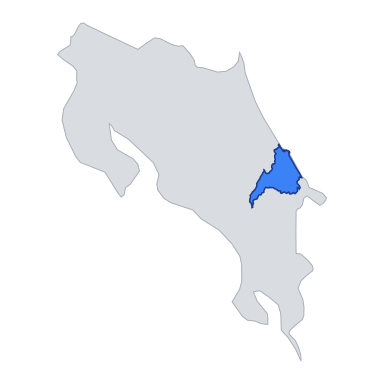 Limon, Limón, Costa Rica (highlighted)
{"feature_id": "36466004B50274844038256", "entity_name": "Limon", "entity_type": "district", "adm_level": 2, "iso_a3": "CRI", "parent_name": "Costa Rica", "parent_adm1": "Limón", "projection": "equal_earth", "projection_center": [-83.21, 9.776], "detail": "fine", "context": "in_parent", "style": "filled", "palette": "blue", "viewbox_px": 384, "rotation_deg": 0, "n_neighbors": 0, "source": "geoboundaries", "source_scale": "gbopen_adm2", "svg_char_len": 7283}
<svg xmlns="http://www.w3.org/2000/svg" viewBox="0 0 384 384"><path d="M326.4,197.6L325.9,199.6L324.5,201.7L322.5,203.8L319.9,205.3L313.5,200.9L307.3,195.9L303.8,198.2L302.5,204.6L300.2,207.9L297.3,209.2L296.1,211.4L295.9,233.1L296.1,253.6L300.8,254.0L308.7,261.2L312.1,265.3L313.2,269.2L312.2,271.1L306.4,275.6L300.8,281.2L298.0,288.3L302.9,299.7L304.0,307.4L303.8,315.5L302.4,319.4L291.5,328.7L289.1,332.0L289.4,334.3L295.4,340.7L298.3,347.0L300.7,354.5L301.0,361.0L295.5,348.9L287.9,337.4L281.3,330.3L280.8,313.8L278.2,304.8L268.2,296.5L259.7,290.7L253.4,291.9L257.3,301.4L267.3,313.6L267.9,318.3L267.8,324.5L260.9,323.6L254.8,321.0L247.4,320.2L242.5,316.5L232.1,301.9L239.5,289.5L241.8,281.4L241.6,264.5L239.9,256.3L231.9,243.8L219.1,230.1L201.3,219.0L192.9,210.0L171.9,203.1L164.0,198.5L157.7,190.0L156.8,183.9L159.0,174.5L153.3,162.6L128.4,139.2L114.4,130.6L111.5,125.5L109.3,123.9L111.4,140.1L117.4,149.8L133.3,158.9L137.7,164.2L139.5,171.1L130.2,184.3L125.5,187.6L124.1,194.8L121.1,197.0L117.9,192.9L105.0,172.2L80.1,162.3L75.6,156.2L66.3,137.3L62.1,120.1L63.7,108.6L74.0,90.7L77.2,82.9L76.6,78.1L76.9,71.1L73.1,66.2L63.6,59.7L57.6,54.6L59.3,52.0L70.2,45.1L70.9,38.9L70.8,36.8L72.6,36.4L74.2,34.7L75.2,33.0L78.1,27.0L80.7,23.6L83.7,23.0L87.4,25.5L101.0,32.0L116.2,39.2L137.9,49.4L146.9,42.9L154.6,37.9L160.0,38.6L171.6,44.4L178.6,46.3L182.9,45.7L190.4,54.3L194.4,60.7L195.1,65.0L197.4,67.3L203.1,67.8L217.4,72.1L226.0,71.3L233.9,66.7L238.3,61.2L239.6,52.5L241.6,56.8L244.0,63.5L245.0,72.2L255.2,101.3L263.3,117.6L281.2,147.2L288.9,152.7L302.0,176.5L306.5,180.5L309.1,187.5L322.6,193.3L326.4,197.6Z" fill="#d9dde1" stroke="#a8b0b8" stroke-width="1"/><path d="M301.7,177.7L301.8,177.7L300.7,175.6L299.4,173.4L299.2,172.7L298.6,171.9L296.2,168.0L293.8,163.8L293.6,163.2L293.4,163.0L293.1,162.4L292.5,161.6L292.2,160.9L292.0,160.7L291.6,159.9L291.5,159.6L290.3,157.8L290.0,157.1L289.7,156.7L289.0,155.0L288.8,154.2L288.8,153.7L288.8,153.1L289.2,153.1L289.5,153.1L289.7,152.9L289.7,152.7L289.0,152.1L289.3,151.7L289.2,151.4L288.9,151.3L288.7,151.3L288.8,151.3L288.4,150.9L288.2,150.9L287.9,150.7L287.6,150.6L287.1,150.4L286.8,150.6L286.2,150.6L286.3,150.4L286.2,150.1L285.8,150.4L285.7,150.3L285.2,150.3L284.8,150.3L284.9,150.7L284.7,151.1L284.8,151.4L284.7,151.6L284.1,151.6L283.5,151.4L283.1,151.0L283.1,150.8L283.3,150.6L283.8,150.6L284.0,150.4L283.4,150.0L283.2,149.9L282.9,150.4L282.6,150.4L282.2,149.8L281.8,149.4L281.5,148.8L280.7,147.6L280.1,146.6L279.9,146.0L279.5,145.4L279.3,145.0L278.9,144.3L278.4,144.9L278.4,145.1L278.7,145.8L278.9,146.0L279.1,146.5L279.1,147.2L278.8,147.4L278.6,147.4L278.2,147.5L277.8,147.9L277.4,148.1L277.3,148.5L276.9,148.7L276.6,149.0L276.3,148.9L276.2,149.1L275.9,149.3L275.7,149.7L275.4,149.6L275.1,149.5L274.9,149.7L274.7,149.7L274.3,150.0L274.2,150.8L274.3,151.4L274.7,152.0L275.0,152.6L275.4,152.9L275.6,153.3L275.9,153.4L276.0,153.5L276.0,153.8L275.8,154.0L275.6,154.1L275.4,154.2L275.2,154.4L274.8,155.4L274.7,156.0L274.7,157.3L274.8,157.9L275.0,158.3L275.3,158.6L275.4,159.1L275.3,159.5L274.9,160.6L274.7,160.9L274.6,161.1L274.7,161.4L275.1,162.4L275.0,163.1L274.6,163.6L274.5,163.9L274.1,164.1L273.6,163.9L273.2,163.7L272.5,164.5L272.0,164.9L271.9,165.0L271.9,165.7L271.7,166.3L271.7,166.7L271.7,167.5L271.8,167.6L272.0,167.7L272.2,168.2L272.4,168.5L272.4,168.9L271.8,169.7L271.7,170.1L271.6,170.3L271.0,170.6L270.9,170.9L270.3,171.2L270.1,171.4L270.0,171.6L269.7,171.8L269.6,172.0L269.6,172.4L269.4,172.5L268.9,173.2L268.5,173.1L267.9,173.3L267.6,173.2L267.5,173.3L267.4,173.5L267.2,173.5L266.6,173.5L266.2,173.2L265.9,173.1L265.7,173.0L265.6,172.8L265.5,172.2L265.3,172.0L265.2,171.8L265.0,171.6L264.9,171.4L264.6,171.2L264.6,170.6L264.5,170.4L264.3,170.0L264.1,169.9L264.2,170.3L264.2,170.9L263.9,171.0L263.7,171.6L263.5,172.1L263.2,172.3L262.7,172.8L262.6,173.1L262.6,173.6L261.8,174.8L261.7,175.1L261.6,175.4L261.5,175.5L261.4,175.6L261.0,176.0L260.5,176.7L260.2,177.5L259.7,178.7L259.5,179.1L259.5,179.6L258.8,180.0L258.4,180.8L258.1,181.2L257.2,182.8L256.7,183.5L256.7,184.2L256.9,185.1L256.8,185.3L256.9,185.7L256.8,186.4L255.9,187.8L255.8,188.2L255.7,188.5L255.5,188.8L255.3,189.1L255.1,189.3L255.0,189.7L254.6,189.8L254.3,190.0L254.2,190.3L254.0,190.5L253.9,190.9L253.6,191.4L253.5,191.5L253.1,191.5L252.9,191.8L252.5,191.9L252.3,192.3L252.0,192.9L251.8,193.3L251.7,193.6L251.0,194.3L250.8,194.7L250.5,194.9L250.1,195.3L250.1,195.5L250.2,195.9L250.4,196.0L250.6,197.0L250.4,197.6L250.2,198.0L250.1,198.6L249.9,199.1L249.8,199.9L249.8,200.1L249.8,201.0L249.7,201.5L249.7,201.8L249.8,202.1L250.6,202.7L251.1,203.1L251.3,203.5L251.4,204.6L251.8,205.3L252.0,205.8L251.9,206.5L252.0,206.7L251.9,207.6L252.6,207.4L252.7,207.0L252.5,206.4L252.5,206.1L252.5,205.8L252.9,205.0L252.9,204.6L253.2,204.0L253.5,203.5L253.4,203.1L253.1,202.9L253.0,202.2L252.9,202.1L252.9,201.8L253.0,201.6L253.3,201.2L253.3,200.7L253.5,200.2L253.9,200.0L254.1,199.8L254.7,199.6L255.0,199.4L255.5,199.3L256.3,199.1L256.8,199.0L257.0,198.9L257.2,198.7L257.2,198.1L257.7,197.6L257.8,197.1L258.1,196.8L258.2,196.3L258.3,196.1L258.5,195.7L258.9,195.1L259.2,194.9L259.6,194.8L259.9,194.8L260.5,194.9L260.8,194.9L261.1,194.7L261.3,194.2L261.7,193.5L261.8,193.1L262.1,192.8L263.5,192.5L263.8,192.3L263.9,191.6L263.8,191.3L263.8,191.0L264.0,190.4L264.2,189.8L264.4,189.7L264.5,189.6L264.7,188.7L264.9,188.2L265.8,187.3L266.0,187.3L266.7,187.7L266.8,187.7L267.1,187.7L267.7,187.7L268.1,187.9L268.3,187.9L268.6,187.9L268.8,187.8L269.2,187.7L269.5,187.3L269.6,187.2L269.9,187.5L270.3,187.6L271.1,187.6L271.6,187.7L272.3,187.5L273.1,187.7L273.3,187.7L273.4,187.9L273.7,188.0L273.9,188.1L274.2,188.2L274.3,188.4L274.6,188.8L275.1,188.8L275.8,189.0L276.3,189.4L276.6,189.7L276.8,189.9L277.2,189.9L277.4,190.0L277.6,190.4L277.7,190.5L278.1,190.6L278.4,190.9L278.7,190.9L278.9,191.0L279.2,190.9L279.8,191.0L279.9,190.9L280.0,190.8L280.4,190.9L280.7,191.4L280.7,191.8L280.5,192.2L280.4,192.7L280.4,192.8L280.6,193.0L281.0,193.0L281.3,193.3L281.9,193.2L282.3,192.8L282.8,192.7L283.3,192.4L283.7,192.1L284.0,192.0L284.8,192.2L285.3,192.3L285.5,192.7L285.7,192.8L286.0,192.9L286.4,193.3L286.6,193.4L287.0,193.1L287.3,193.0L287.5,192.8L287.6,192.5L287.9,192.5L288.4,192.2L288.8,192.0L289.0,192.1L289.1,192.4L289.1,192.8L289.3,193.2L289.4,193.6L289.7,193.8L290.0,193.9L290.2,193.7L290.3,193.7L290.7,193.9L291.1,193.9L291.6,193.7L291.9,193.6L292.3,193.1L292.7,193.1L292.8,192.9L293.2,192.8L293.4,192.8L293.6,192.6L293.9,192.7L294.4,193.4L294.5,193.5L295.0,193.7L295.3,193.3L295.6,193.0L296.0,192.9L296.2,192.7L296.4,192.3L296.6,192.0L297.0,191.7L297.5,191.2L297.6,190.7L297.4,190.2L297.4,189.5L297.4,189.2L297.3,188.4L297.3,187.8L297.4,187.4L297.5,187.4L297.5,187.6L297.8,187.5L298.1,187.8L298.3,187.9L298.3,188.0L298.5,188.3L298.6,188.5L298.9,188.8L299.1,189.1L299.2,188.8L299.5,188.5L300.0,188.1L300.1,187.6L300.0,187.0L299.5,186.4L299.4,185.8L299.1,185.4L298.8,185.2L298.6,184.9L298.2,184.5L297.8,184.0L297.5,183.8L297.3,183.4L297.1,182.7L296.9,182.3L296.9,182.0L297.3,181.4L297.4,181.0L297.7,180.5L298.2,180.3L298.4,180.0L299.0,179.6L299.0,179.3L299.2,179.0L299.1,178.4L299.1,178.0L298.9,178.0L298.9,177.9L299.1,177.7L299.2,177.3L299.5,177.1L299.7,176.9L299.8,176.9L300.1,177.2L300.8,177.6L301.5,177.5L301.7,177.7Z" fill="#3b82f6" stroke="#1e3a8a" stroke-width="1.5"/></svg>